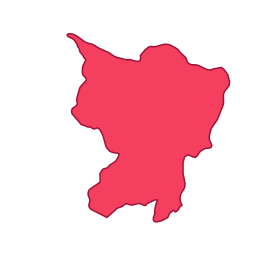 the State of Táchira, rotated 197°
{"feature_id": "VEN-28", "entity_name": "Táchira", "entity_type": "State", "adm_level": 1, "iso_a3": "VEN", "parent_name": "Venezuela", "parent_adm1": "", "projection": "albers", "projection_center": [-71.957, 7.987], "detail": "fine", "context": "isolated", "style": "filled", "palette": "rose", "viewbox_px": 256, "rotation_deg": 197, "n_neighbors": 0, "source": "natural_earth", "source_scale": "10m", "svg_char_len": 3103}
<svg xmlns="http://www.w3.org/2000/svg" viewBox="0 0 256 256"><g transform="rotate(197 128 128)"><path d="M63.1,119.9L65.5,116.5L65.2,110.9L62.1,100.8L57.3,91.7L56.5,88.4L56.7,86.0L58.0,81.2L58.2,78.8L57.8,76.4L56.8,73.9L55.4,71.7L53.7,69.9L54.5,69.0L55.4,67.7L55.7,66.2L55.8,65.3L56.0,64.5L56.3,63.9L57.7,62.1L58.1,61.7L58.6,61.6L59.8,62.6L60.4,62.6L62.8,59.4L63.1,58.8L63.3,58.0L63.5,57.2L63.7,54.5L64.0,53.9L64.4,53.3L64.8,52.9L65.6,52.2L68.4,49.4L70.2,48.2L73.2,46.6L73.8,46.4L74.6,46.3L75.9,46.6L76.7,47.2L77.3,48.7L77.5,49.8L77.4,53.7L77.7,55.3L78.4,57.7L79.1,63.0L78.7,66.6L78.8,67.5L79.8,67.5L81.2,67.2L87.9,61.0L88.1,59.9L88.4,59.4L89.0,58.9L90.0,58.7L94.4,59.2L95.2,59.0L97.2,58.1L100.7,56.0L101.6,55.5L102.5,55.2L103.4,55.1L106.1,55.2L107.0,55.2L107.9,54.6L109.0,53.7L110.5,51.5L113.0,49.4L113.7,49.0L114.1,48.8L114.9,48.0L122.0,36.3L139.7,39.4L140.6,39.9L141.7,40.8L142.3,41.5L142.7,42.3L142.9,43.1L143.3,47.5L143.6,48.2L143.9,48.9L146.5,52.2L146.7,52.5L146.8,52.8L147.3,55.5L147.1,57.2L146.3,58.7L138.8,68.1L141.5,76.3L140.4,80.5L139.9,81.2L139.1,82.1L136.9,83.2L136.1,84.1L134.3,87.6L130.6,92.0L130.0,93.0L129.2,96.2L128.7,98.7L128.7,99.3L128.8,99.9L129.0,100.4L129.7,100.9L135.7,100.1L138.6,100.4L140.0,101.1L143.1,103.3L143.7,103.9L149.9,113.7L151.2,115.1L154.6,118.2L156.0,118.9L157.2,119.2L157.8,118.8L158.4,118.4L158.9,117.9L159.5,117.4L160.5,117.1L162.1,117.2L163.5,117.9L164.4,117.9L165.9,117.4L166.9,117.2L169.0,117.5L170.0,117.5L173.8,117.7L185.7,125.3L187.0,127.7L187.1,128.4L186.8,130.5L183.9,134.3L183.6,136.4L183.8,137.1L185.0,139.0L185.7,143.0L185.9,151.1L185.7,152.8L184.6,155.8L182.2,160.5L182.0,161.6L182.2,162.4L182.7,163.0L183.2,163.5L185.8,165.0L186.3,165.4L186.7,165.8L187.3,166.6L188.1,168.3L189.2,172.5L189.2,175.1L188.2,180.5L188.9,181.3L189.8,181.9L190.6,182.3L191.3,183.0L192.1,183.9L193.3,184.9L196.4,186.9L197.2,188.3L197.8,189.8L199.9,191.0L200.6,192.0L201.2,193.3L204.6,196.0L206.3,196.9L208.2,197.4L211.9,197.8L212.9,198.5L213.4,199.2L213.4,199.6L213.1,200.1L212.2,200.7L211.0,201.2L209.6,201.5L208.5,201.6L207.2,201.6L203.9,201.0L194.8,197.9L193.2,197.6L191.6,197.4L186.6,197.6L185.5,197.5L179.3,195.9L168.6,194.5L162.4,192.6L158.9,192.3L149.4,192.8L147.9,193.3L146.8,193.9L145.1,194.1L143.0,194.0L139.3,194.3L137.6,194.7L136.8,195.1L136.5,195.8L136.3,196.5L136.2,197.4L136.3,198.2L136.8,199.7L137.1,200.4L137.4,201.0L134.6,207.6L132.2,211.1L131.3,211.9L130.5,212.5L129.7,212.7L126.5,213.4L125.0,214.1L118.9,218.1L117.4,218.8L115.4,219.4L112.4,219.7L110.6,219.5L104.0,218.0L102.7,217.3L100.3,215.6L94.2,212.6L93.0,211.7L92.5,211.2L90.9,208.8L89.5,207.8L86.6,207.0L81.0,208.3L78.5,208.4L70.4,207.1L68.7,207.0L67.5,207.2L66.7,207.4L65.4,208.1L63.0,209.8L56.4,213.2L53.6,212.2L48.3,208.3L44.3,201.8L43.8,198.4L44.7,195.3L46.0,192.4L46.6,189.2L46.1,186.4L44.1,180.6L43.7,177.6L45.0,162.2L47.9,153.2L48.3,150.7L47.9,144.3L47.3,141.7L46.3,140.1L43.2,136.6L42.6,135.3L43.1,133.6L44.4,132.6L46.0,132.0L47.6,131.3L49.8,129.5L51.5,127.5L52.7,125.2L53.4,122.3L54.8,119.7L57.6,119.3L60.6,119.8L63.1,119.9Z" fill="#f43f5e" stroke="#9f1239" stroke-width="1.5"/></g></svg>